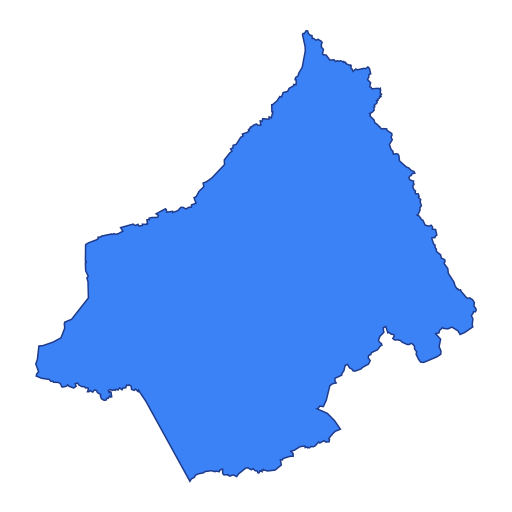 Banphot Phisai, Nakhon Sawan, Thailand
{"feature_id": "78962969B36758461093431", "entity_name": "Banphot Phisai", "entity_type": "district", "adm_level": 2, "iso_a3": "THA", "parent_name": "Thailand", "parent_adm1": "Nakhon Sawan", "projection": "albers", "projection_center": [100.023, 16.015], "detail": "fine", "context": "isolated", "style": "filled", "palette": "blue", "viewbox_px": 512, "rotation_deg": 0, "n_neighbors": 0, "source": "geoboundaries", "source_scale": "gbopen_adm2", "svg_char_len": 5995}
<svg xmlns="http://www.w3.org/2000/svg" viewBox="0 0 512 512"><path d="M414.8,173.2L414.0,171.5L411.3,170.5L408.7,167.9L406.2,166.9L399.5,160.9L398.9,155.6L397.9,154.1L396.2,153.7L393.4,154.2L392.9,151.2L391.1,149.5L389.4,144.5L392.3,139.7L391.0,137.2L392.0,135.1L391.7,133.4L387.1,130.5L386.7,128.9L383.7,128.6L382.4,129.1L380.8,128.3L379.4,126.4L378.7,126.5L377.6,124.7L374.8,122.7L374.0,119.9L369.9,115.9L370.4,114.7L369.6,113.4L371.9,112.5L374.1,110.3L373.9,107.1L374.8,106.7L374.3,105.1L376.5,103.5L377.2,102.2L376.5,100.8L377.9,100.4L377.7,99.3L379.1,98.5L379.8,96.4L380.6,96.9L381.1,96.4L380.5,95.1L381.5,94.2L380.0,92.9L380.6,90.8L380.3,88.3L379.3,89.0L378.2,88.3L371.7,88.8L371.1,87.4L369.7,86.8L370.6,82.7L367.5,79.6L368.8,77.1L368.9,74.6L370.7,73.8L369.4,68.4L367.9,66.9L365.7,68.7L364.0,68.3L357.5,69.8L355.7,69.0L353.0,71.4L352.0,68.9L351.2,68.4L350.7,66.9L351.3,66.2L350.6,64.9L349.3,65.2L346.1,63.7L345.5,62.2L344.2,62.6L343.7,61.4L342.8,61.8L340.7,60.8L338.0,61.2L337.3,60.7L335.5,61.5L334.1,59.8L329.9,60.1L326.1,55.0L323.5,54.8L322.5,54.0L323.4,49.4L321.4,47.1L321.4,44.2L322.1,42.7L321.6,41.5L318.1,39.3L315.9,40.2L313.8,38.5L312.3,38.5L312.0,35.6L310.5,35.3L308.5,33.7L307.6,30.9L306.1,30.7L304.4,33.5L303.0,33.5L302.5,34.6L305.1,46.6L305.3,50.8L302.2,67.4L298.9,72.9L298.0,76.0L295.6,77.5L295.1,79.7L296.2,79.9L296.1,84.7L293.8,84.4L293.6,85.8L289.0,88.4L287.7,91.4L283.2,92.5L281.5,97.0L279.8,96.5L277.0,100.9L272.8,104.5L271.7,104.7L271.9,111.7L272.9,111.8L271.3,117.8L269.1,116.9L268.9,119.2L262.7,118.7L262.1,121.2L260.2,120.9L260.9,125.1L258.0,125.3L256.4,124.0L253.2,125.3L253.0,126.0L250.3,127.2L250.7,127.9L248.4,129.7L249.2,130.8L247.0,132.5L242.4,134.0L243.0,136.0L240.7,137.3L236.3,144.3L233.0,145.4L233.1,147.7L230.6,149.0L232.0,151.2L229.9,152.8L224.3,159.9L224.5,164.6L211.9,177.9L206.3,181.9L203.1,183.0L203.8,186.7L199.0,191.4L196.3,196.5L194.0,197.7L196.0,203.2L191.5,204.9L191.4,207.2L188.9,207.2L186.0,209.0L182.9,207.3L180.8,207.4L177.8,210.7L172.8,212.5L172.6,211.3L166.7,212.2L166.3,209.6L165.4,208.8L156.1,213.8L158.4,215.4L157.6,217.4L151.9,217.5L149.1,218.2L149.3,219.6L146.9,219.8L147.5,223.6L146.9,223.6L146.8,224.4L142.4,224.2L142.4,225.5L139.0,226.1L138.0,224.3L135.2,225.6L133.2,224.1L120.6,227.6L122.9,231.2L118.6,233.5L116.3,234.3L113.7,233.7L112.0,234.6L111.5,234.0L101.5,236.1L101.1,236.8L98.0,237.3L98.4,238.6L96.3,239.9L88.5,242.8L85.6,244.7L85.4,261.1L86.2,261.3L86.3,262.5L85.4,262.8L85.5,267.1L85.7,270.9L88.3,276.3L86.9,277.9L88.0,281.7L88.4,297.9L71.6,319.3L64.8,322.1L64.3,323.6L64.7,328.2L61.0,337.8L53.1,342.1L43.0,345.6L38.9,346.0L37.4,359.3L35.8,363.9L38.6,371.9L36.8,373.7L36.2,376.0L41.6,378.3L49.2,379.4L50.7,381.2L52.9,381.3L53.4,382.2L58.7,382.5L60.8,384.2L61.6,386.6L62.6,387.1L66.5,386.2L67.8,384.8L69.0,386.3L73.7,388.0L76.1,386.3L75.1,383.8L77.5,383.0L79.0,385.1L82.1,386.7L84.4,386.6L85.5,388.0L87.8,387.8L88.4,388.9L87.5,391.7L89.0,391.7L90.0,390.6L92.7,392.1L94.5,389.9L96.6,390.6L97.4,392.5L100.7,394.6L100.4,396.1L101.5,398.8L104.1,400.3L106.0,400.1L107.0,398.2L108.4,398.3L109.4,396.0L110.8,397.1L111.7,396.8L111.0,392.1L110.2,391.7L109.2,392.6L108.4,390.6L110.1,389.6L112.7,390.4L113.7,389.7L115.1,390.4L115.9,389.3L118.0,390.0L119.6,387.9L122.0,389.8L122.8,388.1L125.7,387.8L126.5,385.1L128.0,385.5L129.0,384.8L131.2,386.2L131.6,389.4L134.1,390.4L135.5,389.1L138.1,391.6L138.5,390.2L146.0,401.5L189.9,481.3L191.4,478.9L194.3,477.4L195.5,475.1L198.8,473.7L203.2,472.9L205.3,471.5L211.4,470.7L215.0,471.7L216.0,471.1L219.3,471.7L220.0,469.9L222.6,469.1L222.7,473.4L223.9,474.9L228.1,474.7L228.2,475.4L230.1,476.1L233.0,474.8L236.7,476.6L238.5,473.9L246.0,467.9L248.3,468.1L251.4,469.8L253.1,468.6L255.2,470.7L257.0,470.9L258.2,473.0L259.2,472.6L260.0,470.9L262.1,471.6L261.9,470.2L263.3,469.5L263.9,470.4L265.2,470.1L267.3,471.0L275.1,470.1L281.3,465.0L280.4,459.8L282.5,459.9L282.9,458.6L289.7,456.4L293.2,456.2L293.1,453.6L290.9,451.3L294.4,450.2L299.9,446.7L304.7,446.0L305.2,447.6L307.2,447.0L307.6,447.8L309.7,447.7L310.6,446.6L313.4,446.7L315.2,445.8L318.6,442.0L319.8,443.0L324.1,440.6L325.5,442.0L329.1,441.8L329.5,439.3L328.7,438.6L332.8,433.6L335.3,431.3L340.4,429.2L334.5,420.6L327.4,413.4L317.0,408.8L318.4,408.2L319.6,406.1L323.3,406.6L326.3,400.2L329.8,385.8L332.6,383.7L336.1,383.0L334.9,380.6L335.1,378.2L341.7,375.2L341.7,373.9L343.9,370.7L345.1,365.5L347.5,364.4L349.5,367.8L352.1,369.3L353.1,370.9L355.0,371.1L361.1,368.9L362.5,367.4L368.5,364.1L370.2,360.6L368.2,357.8L368.7,355.3L370.7,354.7L371.5,352.6L377.5,349.8L380.4,345.9L381.9,345.2L381.5,343.7L379.3,342.0L378.5,340.4L379.9,336.3L383.8,332.4L383.2,327.8L385.8,326.6L387.9,332.9L388.8,332.3L391.3,334.2L393.8,334.6L394.3,335.9L392.8,338.5L394.7,340.0L397.5,339.8L400.6,340.6L402.1,342.2L407.3,344.5L409.1,344.5L411.2,343.3L413.0,344.4L414.5,346.3L414.5,348.9L416.7,351.8L416.1,354.2L418.6,359.4L420.6,362.1L423.7,362.4L437.0,356.8L440.8,354.2L440.9,350.8L439.1,346.7L440.6,339.2L435.6,333.7L439.0,332.8L439.5,330.5L442.6,327.6L443.5,328.4L447.8,328.9L451.9,327.1L457.9,330.8L460.1,334.5L464.7,332.5L472.8,326.9L472.2,324.6L472.9,319.0L471.4,315.5L473.0,313.4L473.5,311.7L475.4,311.8L476.2,310.0L475.9,308.6L473.9,306.1L474.4,302.7L472.6,299.8L469.8,297.9L468.0,298.3L466.6,297.8L461.4,291.7L460.5,289.8L458.7,290.1L457.7,288.6L456.8,288.6L455.0,285.7L454.0,282.1L448.3,273.3L447.8,268.6L444.2,263.7L444.1,262.7L445.0,261.8L444.7,259.7L441.3,258.0L440.6,254.7L436.5,251.6L436.3,249.1L434.9,247.2L435.1,245.2L433.6,243.8L431.8,238.5L432.1,237.6L434.8,237.7L435.3,236.4L436.8,235.1L435.6,229.5L432.4,229.2L432.5,226.9L431.1,225.2L429.0,226.2L425.1,225.1L422.9,220.2L421.7,219.8L419.1,216.0L417.1,215.0L418.4,213.9L420.1,209.9L419.8,207.7L421.4,205.8L420.1,201.7L420.7,199.6L418.3,197.3L419.1,196.4L418.2,193.8L415.7,193.8L415.1,192.3L415.5,191.0L413.8,189.6L412.6,186.0L414.1,184.2L413.3,182.7L413.6,181.1L410.1,180.1L408.8,177.7L409.7,176.2L411.3,175.4L412.0,173.7L414.8,173.2Z" fill="#3b82f6" stroke="#1e3a8a" stroke-width="1.5"/></svg>